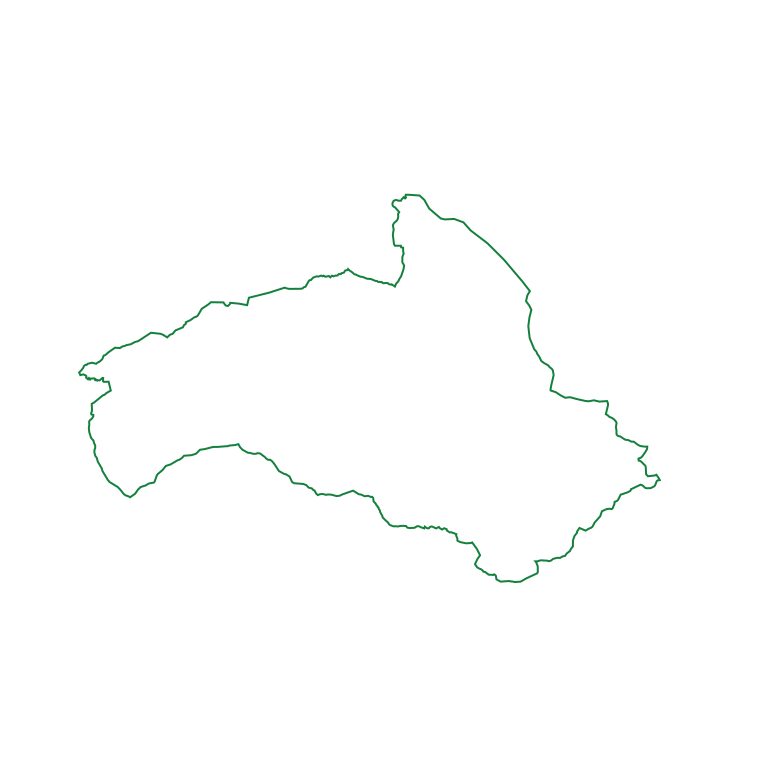 Frasin, Suceava, Romania, rotated 109°
{"feature_id": "2599482B18485783850003", "entity_name": "Frasin", "entity_type": "district", "adm_level": 2, "iso_a3": "ROU", "parent_name": "Romania", "parent_adm1": "Suceava", "projection": "albers", "projection_center": [25.81, 47.509], "detail": "fine", "context": "isolated", "style": "outline", "palette": "green", "viewbox_px": 768, "rotation_deg": 109, "n_neighbors": 0, "source": "geoboundaries", "source_scale": "gbopen_adm2", "svg_char_len": 6157}
<svg xmlns="http://www.w3.org/2000/svg" viewBox="0 0 768 768"><g transform="rotate(109 384 384)"><path d="M573.8,587.2L568.8,583.6L563.9,582.2L560.7,580.6L557.5,576.3L554.7,574.0L552.1,569.5L551.0,569.1L544.1,569.0L542.5,568.4L537.5,565.4L532.5,563.6L529.5,559.6L523.4,554.4L521.8,552.4L519.4,550.8L516.9,549.7L514.3,543.5L512.2,540.4L511.1,539.0L506.1,536.6L503.9,532.3L499.2,525.2L497.8,521.2L493.4,511.0L492.6,510.3L490.3,505.1L488.3,502.1L490.5,499.7L492.2,496.5L493.1,491.6L493.3,490.3L492.8,488.5L492.6,485.1L491.7,482.3L490.7,481.3L490.1,479.2L490.1,478.2L491.9,472.8L493.0,470.8L493.4,468.8L492.7,467.0L493.5,464.6L495.3,461.7L500.5,455.0L501.5,449.3L501.3,447.3L502.2,443.3L506.6,438.9L507.1,436.7L504.8,427.8L504.9,424.5L506.5,421.5L506.2,418.2L507.3,416.3L507.4,414.9L509.7,412.5L510.6,410.4L509.1,408.7L508.0,406.4L507.6,402.4L506.8,401.3L505.8,398.0L505.4,392.2L503.9,389.3L502.1,387.6L494.9,378.5L496.4,372.0L496.0,369.4L496.4,366.2L496.2,365.1L494.9,362.6L495.1,359.7L494.5,358.5L495.3,357.1L498.3,355.7L499.8,352.9L500.8,352.0L501.8,350.2L502.4,349.9L502.5,349.1L504.0,348.1L504.8,346.8L506.3,346.0L509.3,342.6L510.7,341.7L513.0,336.9L513.2,335.8L515.2,333.1L515.4,331.9L515.5,328.6L514.8,327.0L514.2,324.5L513.0,322.5L511.7,319.4L511.6,318.4L511.1,317.1L512.2,315.1L511.9,312.9L510.0,308.3L508.0,306.7L507.3,305.6L507.2,303.3L507.5,302.2L507.4,299.0L505.6,299.0L506.3,296.8L506.2,295.4L505.7,294.5L504.3,294.1L503.3,292.8L503.1,292.0L503.6,287.7L501.3,285.6L502.1,284.4L502.7,281.7L500.8,280.2L500.9,277.5L502.0,277.0L502.9,273.6L502.3,272.1L502.4,266.7L503.9,266.4L505.9,264.5L508.2,263.6L508.4,263.0L508.6,259.9L507.9,254.5L506.1,250.1L505.1,249.1L509.7,242.5L514.7,237.4L519.1,238.7L524.8,239.3L526.9,236.3L527.4,234.7L527.6,231.9L528.1,230.2L529.1,228.9L528.8,227.2L530.2,223.0L528.9,218.4L528.3,218.2L528.1,217.5L528.9,215.8L532.1,214.1L532.9,209.4L529.5,201.4L529.5,200.0L529.0,198.8L528.7,196.0L526.4,190.5L521.3,186.0L513.1,177.5L511.6,177.4L506.3,179.3L503.0,182.1L502.4,183.1L501.5,180.8L500.3,179.4L499.5,177.9L497.9,172.1L497.9,170.4L496.5,168.5L494.4,167.3L491.8,163.4L491.2,161.0L488.9,159.0L487.5,156.8L485.0,156.2L481.3,153.8L479.3,153.6L476.0,152.5L470.5,154.4L465.7,154.4L461.9,153.1L460.5,153.4L456.5,152.3L457.0,145.6L454.6,143.7L452.3,141.2L450.9,140.4L446.3,139.7L438.7,136.5L433.3,136.5L429.8,132.8L428.5,130.1L428.2,128.0L426.9,127.3L422.3,127.1L420.5,127.6L418.6,125.6L417.5,125.0L411.6,124.2L407.2,118.5L405.0,116.4L404.0,116.1L403.2,116.3L395.7,108.7L395.7,106.6L397.2,103.1L396.9,101.2L395.6,97.9L392.9,95.3L391.7,94.7L387.0,94.5L386.0,93.8L385.1,92.0L384.2,92.8L381.1,96.9L382.4,98.3L385.3,104.4L384.0,106.8L377.7,109.3L376.2,110.3L373.6,115.7L373.4,116.9L373.5,118.3L371.7,119.1L370.1,117.2L368.3,116.2L363.0,114.7L359.8,114.1L357.5,114.7L358.4,117.3L359.2,121.5L358.8,124.4L357.2,129.1L358.0,131.3L357.5,134.3L358.1,138.1L356.7,143.4L356.9,145.7L356.6,146.8L356.1,147.6L354.5,148.3L352.4,149.0L349.1,150.7L345.2,151.4L344.1,152.3L342.9,154.3L341.9,157.0L341.7,160.2L340.7,162.4L340.3,164.4L331.1,165.3L329.4,165.9L327.5,167.5L330.5,174.6L331.1,180.3L333.7,184.8L334.5,188.3L335.5,197.2L335.8,203.0L336.6,205.3L338.0,208.1L337.3,213.0L335.8,219.0L335.9,224.3L334.8,224.8L331.0,225.4L320.3,226.5L316.1,228.8L315.0,230.4L314.2,232.8L312.9,234.8L312.1,239.4L311.0,242.8L307.6,246.1L305.7,248.8L303.7,250.6L302.3,253.2L293.2,261.2L282.3,266.4L273.4,268.2L265.9,268.8L262.7,272.0L259.4,276.7L253.5,277.3L248.7,276.3L242.0,286.5L227.4,311.1L217.3,331.9L210.6,352.1L205.3,361.5L205.1,371.4L208.6,380.1L209.0,384.2L203.4,398.4L196.8,405.8L194.2,411.7L197.2,422.9L198.0,425.0L199.2,425.0L200.4,424.0L201.5,424.2L201.7,425.0L201.0,426.2L203.4,427.3L205.2,427.6L205.9,429.9L206.1,432.8L207.7,434.5L209.9,434.9L211.9,434.3L213.1,433.0L213.4,431.0L216.5,425.6L218.6,426.1L220.6,425.2L222.9,424.7L225.2,425.0L228.7,427.0L231.0,427.3L234.7,425.2L240.1,424.2L248.5,420.1L249.7,418.7L247.8,413.1L249.2,412.3L248.9,410.3L252.8,408.9L254.0,407.9L257.8,408.0L262.1,406.6L263.2,406.1L264.5,404.4L265.6,403.5L269.4,402.9L276.7,402.9L279.8,403.7L281.7,403.8L285.6,405.3L288.3,405.4L287.3,409.1L287.7,409.3L288.0,412.0L287.5,412.9L287.5,414.1L289.0,417.6L288.3,419.4L288.7,419.9L288.9,421.7L289.4,422.8L288.9,424.4L289.3,425.6L289.0,430.7L290.0,434.4L289.7,438.7L290.2,441.6L290.1,443.4L289.7,446.5L289.9,447.8L288.8,450.2L288.0,453.2L287.0,455.4L288.1,455.5L289.3,457.6L291.8,458.2L293.2,460.4L294.2,460.6L294.8,462.6L296.6,463.3L297.4,465.4L298.6,466.7L298.6,468.5L300.6,469.5L299.9,471.3L301.7,474.4L301.2,476.2L302.1,477.0L301.9,478.6L303.8,481.0L304.1,482.7L306.3,485.5L309.5,487.0L310.1,488.1L311.2,488.7L317.6,489.9L318.7,491.4L320.0,492.0L320.9,493.3L324.9,504.5L325.3,507.4L325.2,509.2L335.0,522.3L346.4,539.8L354.0,539.1L355.3,547.6L357.3,555.8L358.6,555.7L361.1,557.0L361.3,559.0L360.6,560.5L359.1,562.3L363.0,574.2L366.5,576.4L372.2,580.8L379.8,582.3L381.3,583.2L382.6,585.0L386.6,587.8L390.2,591.5L391.6,591.0L393.5,592.3L395.9,592.6L401.2,598.6L405.4,600.2L407.1,602.4L410.5,604.2L409.4,608.9L409.3,611.7L411.4,621.0L423.5,630.4L425.5,633.3L428.9,636.4L430.9,639.9L432.7,641.9L433.5,643.4L436.0,645.4L437.3,650.2L443.8,654.9L447.5,657.0L448.4,658.3L451.7,658.4L453.0,658.8L455.7,660.4L456.9,661.7L458.6,662.8L458.9,666.9L461.4,670.8L462.3,671.1L462.8,671.5L462.9,672.3L464.5,673.5L466.8,673.7L470.3,674.9L472.3,676.0L474.5,674.0L472.8,671.5L473.1,668.4L473.9,667.8L474.9,667.8L475.8,665.9L474.3,665.0L474.7,664.2L475.7,664.0L475.4,663.2L474.5,663.3L473.0,659.9L473.2,658.8L474.2,658.7L474.4,658.2L473.7,657.5L473.6,656.7L474.1,656.2L473.6,655.8L473.3,654.2L469.8,652.0L469.7,651.5L472.8,650.6L473.2,649.7L471.5,645.1L479.2,640.2L482.9,643.5L485.0,644.6L486.4,646.2L496.1,652.2L497.9,653.9L504.3,651.4L507.5,651.3L508.1,650.6L507.8,648.8L509.0,648.3L511.6,648.8L514.3,650.4L515.8,650.5L518.1,649.5L522.2,648.6L525.8,646.8L530.4,643.3L532.1,640.3L534.0,639.1L536.2,637.0L538.7,636.2L540.7,636.3L543.1,635.5L545.9,633.6L547.2,631.7L550.6,629.3L555.7,623.4L557.9,621.9L565.0,613.4L566.1,611.3L568.1,602.2L569.9,598.7L572.7,594.3L573.4,592.4L573.4,588.7L573.8,587.2Z" fill="none" stroke="#15803d" stroke-width="2"/></g></svg>